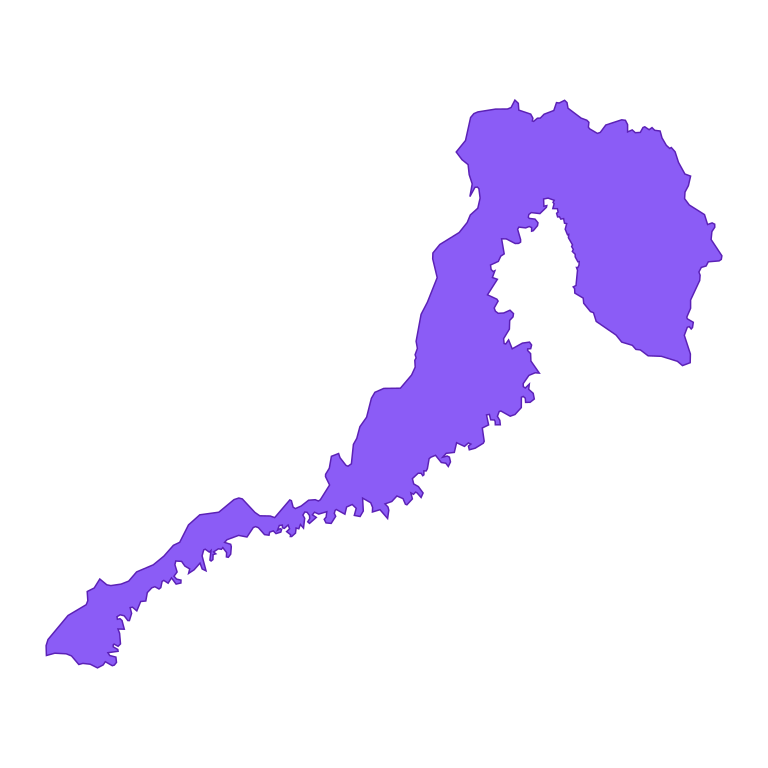 Ipixuna do Pará, Pará, Brazil (Robinson projection)
{"feature_id": "56859067B6005115981824", "entity_name": "Ipixuna do Pará", "entity_type": "district", "adm_level": 2, "iso_a3": "BRA", "parent_name": "Brazil", "parent_adm1": "Pará", "projection": "robinson", "projection_center": [-48.107, -2.938], "detail": "fine", "context": "isolated", "style": "filled", "palette": "violet", "viewbox_px": 768, "rotation_deg": 0, "n_neighbors": 0, "source": "geoboundaries", "source_scale": "gbopen_adm2", "svg_char_len": 6116}
<svg xmlns="http://www.w3.org/2000/svg" viewBox="0 0 768 768"><path d="M469.9,196.6L475.0,187.3L477.5,187.1L478.9,188.7L480.1,198.1L477.8,208.2L470.3,215.0L467.2,222.5L459.2,232.5L439.8,244.5L432.9,253.0L432.7,258.8L437.2,277.6L427.4,302.2L421.1,314.3L416.1,341.3L417.4,348.4L415.1,354.7L416.1,357.9L414.8,360.3L415.2,367.1L411.6,375.0L400.4,388.2L383.8,388.4L374.9,392.3L371.4,398.3L366.6,417.2L359.9,426.7L356.8,438.3L353.4,444.4L351.4,463.8L348.0,466.2L346.0,465.4L340.0,457.7L338.6,453.5L331.4,456.3L329.3,468.2L325.6,474.3L325.5,476.6L329.6,485.0L320.3,499.8L318.4,501.0L315.2,499.7L308.6,500.2L301.2,506.0L295.3,508.6L293.1,507.1L291.4,500.7L289.8,499.9L274.7,517.6L270.2,516.0L259.8,515.8L254.9,512.4L242.3,498.9L238.8,498.0L234.0,499.6L218.8,512.2L199.8,514.8L188.5,524.9L179.7,542.3L173.4,545.3L163.9,556.1L153.3,564.8L136.6,571.9L128.7,581.1L121.1,584.1L110.8,585.6L106.8,584.8L99.8,579.0L94.2,588.0L87.2,591.5L87.8,600.7L86.2,604.7L68.0,615.5L48.0,639.5L46.1,645.6L46.4,655.5L54.8,653.2L66.2,653.8L71.5,655.9L78.8,664.5L82.8,663.4L90.2,664.2L97.5,667.9L103.2,664.9L105.3,661.7L112.3,665.7L114.3,665.1L116.5,662.4L115.9,657.1L109.7,655.5L107.9,652.7L118.1,651.3L117.8,649.5L113.2,646.8L113.2,644.9L114.1,644.1L118.1,646.3L120.5,643.9L119.6,633.3L118.0,629.0L124.3,629.2L122.0,620.5L120.0,618.7L117.4,619.3L117.0,616.7L120.2,614.8L124.2,615.8L127.9,620.6L129.4,620.6L131.6,613.4L130.1,607.6L132.5,607.2L136.8,610.9L140.7,601.5L145.8,601.0L147.3,592.6L151.8,587.8L154.9,586.7L159.0,589.0L160.8,587.6L162.1,581.4L163.8,580.4L168.1,583.2L171.5,577.9L176.1,584.1L180.9,583.0L181.0,580.1L176.6,579.1L174.0,576.2L177.1,572.0L174.9,564.7L175.8,561.0L181.6,561.4L184.9,566.1L189.7,568.9L188.6,573.4L194.1,569.8L200.0,563.1L202.2,569.0L206.0,570.8L202.1,555.9L203.7,549.9L205.2,549.2L209.3,552.1L211.0,550.5L209.9,560.1L211.1,561.0L212.9,559.6L213.1,554.6L215.8,553.8L213.6,551.9L218.4,548.8L221.5,549.3L222.8,547.6L226.6,552.6L226.4,556.9L228.3,557.3L230.7,554.2L231.3,546.7L230.7,544.3L224.6,542.4L227.0,539.7L238.6,535.4L247.0,537.0L253.3,527.5L255.6,526.6L258.4,527.7L264.5,534.6L269.0,535.2L269.6,532.2L273.3,530.9L276.0,533.6L280.8,532.1L281.6,529.4L280.2,528.6L277.5,530.2L279.3,525.5L282.3,525.1L282.5,527.8L284.3,528.4L288.1,525.0L289.6,528.8L286.6,531.6L290.6,534.7L290.3,536.5L291.7,536.5L295.5,533.1L296.1,528.0L298.8,528.8L300.4,524.5L303.5,528.1L304.7,518.3L302.9,515.1L304.8,512.0L307.1,512.3L309.5,515.5L309.7,518.7L307.7,521.8L309.5,523.4L316.3,517.4L312.4,514.8L314.5,512.2L318.7,514.1L326.8,511.7L326.1,517.1L324.2,519.3L326.0,522.9L331.2,523.4L335.7,516.3L334.3,513.4L335.1,510.4L336.3,509.5L344.9,514.2L346.6,507.0L352.2,504.5L356.2,508.3L354.3,515.4L360.1,516.5L363.3,511.0L362.6,498.1L370.7,502.7L372.6,507.4L372.4,512.0L380.0,509.7L387.6,518.5L388.8,510.2L388.0,507.0L385.0,503.9L391.8,501.5L396.9,496.0L403.0,498.6L405.4,504.2L406.9,504.8L412.4,498.9L410.9,492.9L413.5,494.3L415.6,492.1L417.0,492.8L421.1,497.5L423.1,493.0L418.4,486.6L413.7,483.9L412.4,478.6L418.2,473.2L421.1,473.3L422.8,475.7L423.9,474.8L423.9,470.9L426.2,470.9L427.4,468.6L429.1,458.7L430.9,457.2L435.5,455.3L441.3,462.5L445.8,463.2L448.3,466.5L450.5,461.9L449.4,457.1L447.2,456.0L442.7,457.2L446.2,453.3L454.3,452.4L456.6,442.7L464.5,446.4L468.4,442.9L470.9,444.1L468.4,446.1L469.3,449.8L475.2,448.2L483.3,443.2L484.2,441.3L482.3,428.0L488.6,424.9L486.5,414.9L489.4,414.4L490.7,419.8L494.4,420.0L495.2,421.5L495.3,424.8L500.3,424.8L499.8,420.3L497.4,416.3L499.2,411.5L500.9,411.0L510.2,416.2L515.0,414.5L521.3,407.6L521.4,397.3L523.2,396.4L525.3,398.2L525.6,402.4L530.1,402.3L534.3,399.0L533.2,393.3L528.7,389.3L529.3,384.1L525.3,388.0L523.3,386.6L523.2,383.6L528.9,375.4L535.1,372.8L539.3,373.1L530.9,361.0L530.6,353.6L527.6,350.5L527.7,348.9L530.7,348.7L531.6,345.0L529.5,342.1L522.4,343.1L512.2,348.8L508.6,339.9L505.7,344.0L504.1,343.5L503.6,338.7L509.4,329.1L509.7,320.4L513.0,316.9L513.5,313.6L510.0,310.2L503.7,313.0L498.2,313.3L495.4,311.2L494.2,308.0L498.1,301.1L496.9,299.2L487.5,294.8L497.4,279.3L492.4,277.5L494.9,270.7L493.0,271.5L491.1,269.4L490.5,265.0L498.3,261.4L500.8,256.1L504.2,253.9L501.6,238.8L506.3,238.9L515.2,243.5L518.6,243.4L520.6,242.1L520.6,239.6L517.6,229.2L518.9,227.1L525.7,227.9L529.2,226.5L531.6,227.6L531.6,231.2L533.3,230.7L537.5,225.7L538.0,222.8L535.0,219.1L529.3,218.4L528.3,217.3L528.8,214.5L531.3,212.6L539.9,213.6L546.4,207.3L546.8,205.6L543.9,206.2L543.6,199.0L548.1,198.1L554.2,200.3L553.0,202.4L554.1,203.7L552.8,208.6L557.4,208.7L558.1,212.0L556.6,213.3L557.6,216.9L559.5,216.8L560.8,219.1L563.6,218.6L564.5,223.2L566.7,223.6L565.2,229.2L567.5,234.8L568.7,234.4L568.4,237.7L572.5,244.9L571.6,246.5L573.3,249.4L572.3,251.4L575.2,254.3L575.2,256.9L577.9,261.8L579.2,261.6L579.0,265.2L577.8,267.6L576.5,267.5L577.5,270.2L576.0,285.5L573.2,286.9L574.6,288.6L574.8,293.1L583.2,298.1L583.7,303.3L590.5,311.6L593.5,312.7L596.2,321.4L616.0,335.0L621.7,342.1L632.3,345.3L635.9,349.4L640.3,349.9L648.1,355.8L661.4,356.3L677.4,361.3L682.5,365.6L690.2,362.7L690.4,354.0L684.3,335.3L687.3,327.3L689.2,326.6L691.2,329.0L692.5,327.5L693.3,322.3L687.3,318.8L686.8,317.1L690.6,308.3L690.6,300.0L699.7,280.5L700.1,275.2L698.9,272.0L701.3,267.4L706.1,266.0L708.3,261.8L719.1,260.9L721.3,259.4L721.9,255.8L711.1,239.5L711.9,231.6L714.8,227.2L714.7,224.2L712.1,222.9L707.6,224.5L704.5,214.6L689.3,205.0L684.6,198.7L685.0,192.1L688.4,185.7L690.6,176.1L684.9,174.0L678.5,162.4L675.1,151.8L671.3,147.5L669.7,148.4L666.3,145.3L662.0,137.9L660.1,131.0L654.7,130.3L652.0,127.6L649.1,129.7L644.8,126.8L643.0,127.5L640.3,132.4L635.3,132.7L632.2,129.9L627.6,131.9L627.6,124.6L625.4,120.3L621.7,119.8L605.8,125.0L600.3,132.4L597.4,133.4L589.6,128.8L588.4,127.2L588.9,122.3L586.8,120.2L581.1,118.1L568.0,108.2L567.0,102.6L564.6,100.3L559.2,103.0L556.5,102.6L553.8,110.5L544.1,114.2L540.3,118.1L537.4,118.2L533.6,121.4L532.3,121.0L532.9,118.2L530.7,114.1L518.8,110.1L518.3,103.3L514.9,100.1L511.1,107.5L507.5,109.0L495.5,109.1L477.9,111.9L473.9,113.6L470.6,117.5L465.5,140.5L456.2,152.0L462.0,159.7L468.1,164.6L469.2,174.7L472.2,183.9L469.9,196.6Z" fill="#8b5cf6" stroke="#5b21b6" stroke-width="1.5"/></svg>